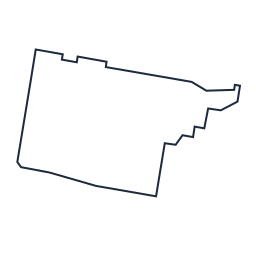 outline of Webster, Georgia, United States of America, rotated 99°
{"feature_id": "52423323B7808081062889", "entity_name": "Webster", "entity_type": "district", "adm_level": 2, "iso_a3": "USA", "parent_name": "United States of America", "parent_adm1": "Georgia", "projection": "albers", "projection_center": [-84.576, 32.076], "detail": "fine", "context": "isolated", "style": "outline", "palette": "slate", "viewbox_px": 256, "rotation_deg": 99, "n_neighbors": 0, "source": "geoboundaries", "source_scale": "gbopen_adm2", "svg_char_len": 481}
<svg xmlns="http://www.w3.org/2000/svg" viewBox="0 0 256 256"><g transform="rotate(99 128 128)"><path d="M96.4,231.5L178.9,232.0L183.4,227.5L184.2,200.1L184.2,199.0L190.2,150.6L191.1,89.6L137.3,89.3L137.1,78.3L126.6,73.0L126.8,62.3L116.2,62.4L116.4,52.6L96.2,51.9L96.0,39.1L84.8,24.0L68.7,24.0L68.7,29.2L73.7,29.1L78.9,56.4L72.5,72.3L71.3,159.4L65.9,159.6L65.3,188.9L71.1,188.9L70.8,204.0L65.4,204.0L64.9,231.4L96.4,231.5Z" fill="none" stroke="#1e293b" stroke-width="2"/></g></svg>